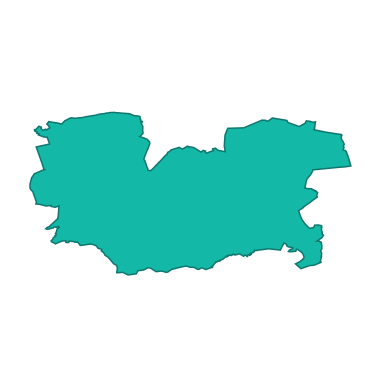 Jaunsātu pag., Tukums, Latvia (Robinson projection), rotated 354°
{"feature_id": "27541924B49068002315301", "entity_name": "Jaunsātu pag.", "entity_type": "district", "adm_level": 2, "iso_a3": "LVA", "parent_name": "Latvia", "parent_adm1": "Tukums", "projection": "robinson", "projection_center": [22.923, 56.96], "detail": "fine", "context": "isolated", "style": "filled", "palette": "teal", "viewbox_px": 384, "rotation_deg": 354, "n_neighbors": 0, "source": "geoboundaries", "source_scale": "gbopen_adm2", "svg_char_len": 5973}
<svg xmlns="http://www.w3.org/2000/svg" viewBox="0 0 384 384"><g transform="rotate(354 192 192)"><path d="M35.5,187.6L39.3,188.4L45.5,190.7L50.9,190.5L50.3,190.7L50.2,191.5L54.3,192.9L58.2,192.0L57.3,197.3L56.3,202.4L55.8,203.8L55.9,204.3L46.2,211.6L44.4,212.0L42.7,213.3L44.1,213.9L46.5,213.9L48.7,213.3L50.4,213.3L50.7,212.9L51.6,212.2L52.1,212.3L53.2,212.9L53.6,212.9L55.3,212.1L56.2,213.3L54.2,214.4L54.0,214.6L52.6,218.2L51.8,218.9L52.6,220.0L51.0,221.3L51.5,221.6L49.1,223.2L48.7,224.4L46.8,225.8L47.1,226.9L50.1,228.6L50.7,229.3L56.8,227.4L58.5,227.2L61.6,227.4L61.3,228.9L64.1,229.4L64.7,228.0L69.2,228.9L70.0,229.6L73.2,230.0L75.2,233.4L76.7,233.5L84.2,233.2L86.6,233.3L89.3,234.5L91.3,235.6L92.6,238.0L94.2,238.9L95.4,239.1L96.1,239.6L96.2,240.2L95.6,240.9L95.6,241.1L96.0,241.6L97.6,242.7L99.0,246.0L101.2,247.5L102.1,248.6L106.7,255.3L109.1,256.8L109.9,259.8L108.8,263.7L108.8,264.5L114.9,264.7L119.7,267.8L120.0,267.8L128.2,267.5L128.3,267.0L129.4,265.5L130.1,264.8L130.8,264.6L134.1,264.6L136.1,264.4L139.0,263.2L140.0,262.9L140.8,262.8L142.3,263.2L143.1,263.6L148.0,267.5L153.5,267.4L157.9,269.2L158.5,269.2L160.0,268.9L163.5,266.9L172.4,265.6L178.5,265.0L182.1,266.6L185.2,267.0L186.3,267.3L188.9,269.1L190.1,269.6L190.8,269.6L193.2,268.6L193.9,268.5L194.4,268.7L197.5,270.5L197.9,270.5L201.6,269.5L201.7,269.3L202.6,269.5L203.5,269.1L204.4,269.2L204.7,269.0L204.8,268.6L204.6,268.5L203.9,268.4L203.7,268.2L204.3,267.8L204.6,267.4L205.6,267.0L206.5,266.2L207.1,265.4L208.6,264.4L208.5,264.1L209.3,264.2L210.0,263.9L210.1,263.3L210.2,263.2L211.2,263.7L212.8,263.4L213.3,263.0L213.0,262.7L215.9,262.0L218.0,260.5L218.2,260.2L218.6,260.1L219.0,259.9L220.0,260.2L220.3,260.0L219.9,259.5L220.3,259.4L220.7,258.9L221.0,259.0L221.1,259.5L221.3,259.5L221.4,259.4L221.5,258.8L221.8,258.7L222.5,259.0L223.6,258.6L223.9,258.9L224.2,259.3L224.4,259.3L224.6,258.9L226.0,258.8L226.1,258.3L226.5,258.4L227.0,258.2L227.8,259.0L228.3,258.9L228.7,259.2L229.4,258.9L230.6,258.9L231.8,258.5L232.8,258.6L233.3,258.8L233.5,259.2L234.7,259.7L235.5,260.6L236.3,261.1L236.8,261.3L237.7,260.4L238.5,260.4L239.6,261.3L239.8,261.7L240.3,262.0L240.6,261.8L240.7,261.6L240.3,261.0L240.5,260.7L241.0,260.6L241.5,260.3L242.5,260.4L242.5,260.9L242.6,261.0L243.4,260.8L243.4,260.7L243.3,260.3L243.3,260.0L244.5,260.1L244.5,259.5L243.8,259.2L244.1,259.0L244.9,258.8L245.1,258.7L246.0,258.7L246.8,258.4L247.8,257.7L247.7,257.1L247.8,256.6L248.3,256.4L248.7,256.7L250.1,257.0L250.2,256.8L262.2,256.5L273.8,259.0L278.1,252.4L280.3,253.5L280.6,255.4L282.0,256.6L286.3,257.8L286.1,259.2L283.7,259.4L283.7,259.8L282.7,260.1L281.7,261.2L282.8,261.6L284.9,261.8L289.0,261.8L290.0,259.9L291.2,260.3L294.2,262.9L294.8,263.5L296.0,265.6L296.7,268.6L295.5,270.2L292.1,272.5L287.4,274.3L292.3,279.6L301.2,277.5L304.0,277.6L305.9,277.5L312.5,275.6L312.1,275.3L312.8,275.1L312.6,274.3L312.6,273.9L313.8,270.3L313.8,269.7L314.0,269.7L314.5,266.4L313.9,264.3L314.2,263.2L315.3,261.8L315.5,258.5L315.2,257.0L315.5,256.3L315.3,255.5L313.1,254.2L311.1,253.9L313.6,252.7L315.0,251.7L316.0,251.4L318.2,249.0L318.1,248.6L317.0,247.5L317.4,246.0L316.9,243.9L316.9,242.8L317.0,240.9L317.4,240.7L317.4,239.2L316.6,238.8L314.3,238.0L310.6,237.8L309.5,239.7L308.7,240.1L305.0,240.4L303.1,238.0L300.7,234.9L298.4,230.8L298.3,230.1L297.2,226.8L296.1,221.8L297.3,221.0L299.3,220.1L301.1,219.1L301.0,218.8L306.4,215.7L307.3,215.4L311.0,213.0L316.1,210.1L315.6,208.4L316.0,207.8L316.9,205.7L315.8,204.6L314.7,204.2L314.9,203.6L314.3,203.5L313.2,202.6L312.3,202.4L311.9,201.8L311.2,201.3L309.0,200.9L307.0,200.8L305.6,200.1L304.7,199.9L306.1,195.3L307.4,191.5L308.3,190.6L308.3,190.3L311.5,187.6L314.0,184.0L314.5,182.9L314.5,182.6L341.6,182.8L347.4,183.0L352.7,182.7L351.3,174.6L349.6,167.7L348.7,166.8L346.7,166.0L347.8,163.7L347.6,162.9L347.7,161.1L348.4,160.4L347.9,159.0L347.7,158.6L347.7,158.0L347.4,157.4L346.8,156.9L346.7,156.6L346.8,156.2L346.1,154.8L346.1,153.9L346.3,153.4L346.3,152.1L346.9,151.5L346.4,150.9L346.6,150.5L331.8,146.6L319.7,142.8L320.5,141.8L322.1,135.1L319.8,135.4L317.3,134.2L313.2,133.2L312.2,134.5L312.0,135.3L305.4,138.1L294.7,132.9L293.8,130.7L279.6,126.8L275.4,129.3L274.0,129.3L272.2,128.2L269.0,128.0L269.0,127.9L250.2,133.6L234.3,132.4L233.8,133.1L230.8,138.9L229.1,148.3L229.0,149.6L228.9,150.0L229.0,150.0L229.2,155.4L223.0,153.5L221.5,152.7L220.0,150.9L217.0,151.2L216.9,151.3L217.7,153.1L214.8,153.7L210.3,154.9L209.8,154.5L209.5,154.0L209.5,153.4L209.8,152.8L207.6,151.8L205.1,153.2L202.6,151.3L202.5,151.1L198.2,147.9L193.1,146.5L192.3,145.9L186.9,148.3L183.9,146.3L175.7,147.9L175.2,148.2L174.2,149.3L172.0,150.0L171.1,151.9L170.2,152.3L168.5,153.6L164.2,157.5L161.8,159.3L159.4,161.6L159.2,161.5L155.8,164.5L154.4,165.6L153.7,166.4L150.5,165.9L150.3,165.2L150.5,164.5L150.4,163.6L149.8,162.8L149.6,161.2L148.5,156.4L148.4,155.9L147.4,154.4L151.5,146.3L152.6,144.6L155.2,139.1L154.9,137.6L152.9,134.9L150.7,133.7L145.9,131.4L149.3,128.8L149.4,128.3L149.5,126.5L149.3,125.3L149.6,124.3L149.9,121.9L149.8,121.2L149.2,120.0L148.9,118.8L149.1,118.4L148.6,117.9L148.7,117.7L149.8,117.3L150.0,117.0L150.1,116.7L149.9,116.6L148.3,116.4L148.2,116.2L148.6,115.8L148.6,115.4L148.5,114.5L148.2,114.3L148.4,113.8L148.1,113.0L148.2,111.7L147.2,111.0L144.9,110.5L142.5,110.1L138.0,107.6L123.4,104.9L123.1,104.7L118.1,104.4L116.3,104.7L115.1,104.5L113.9,104.8L108.1,104.9L104.5,105.5L95.4,106.0L90.5,106.5L85.1,106.4L83.2,106.5L82.2,106.1L79.6,105.6L78.8,105.7L72.9,107.9L69.6,110.8L66.3,109.6L56.9,107.0L54.8,109.3L55.8,110.6L57.3,113.2L53.6,115.1L52.9,114.2L50.1,115.1L48.4,112.9L49.0,111.8L48.9,111.7L46.6,110.6L43.3,113.5L41.9,113.5L41.8,114.2L42.3,115.3L44.3,115.9L43.7,117.4L46.0,118.2L45.2,119.2L50.0,121.6L52.8,122.3L53.7,122.4L55.4,129.4L41.8,130.9L45.9,148.1L47.1,154.0L47.5,154.3L47.0,154.3L37.1,157.4L34.0,161.2L31.7,167.2L31.3,171.5L32.3,173.1L32.2,173.2L33.7,175.0L34.6,179.1L35.3,181.4L35.3,182.1L36.2,185.7L35.5,187.6Z" fill="#14b8a6" stroke="#0f766e" stroke-width="1.5"/></g></svg>